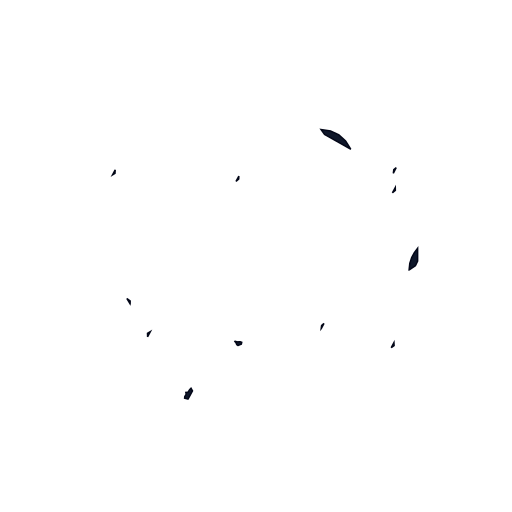 outline of Lhaviyani, rotated 308°
{"feature_id": "MDV-5229", "entity_name": "Lhaviyani", "entity_type": "Atoll", "adm_level": 1, "iso_a3": "MDV", "parent_name": "Maldives", "parent_adm1": "", "projection": "natural_earth1", "projection_center": [73.476, 5.394], "detail": "fine", "context": "isolated", "style": "filled", "palette": "ink", "viewbox_px": 512, "rotation_deg": 308, "n_neighbors": 0, "source": "natural_earth", "source_scale": "10m", "svg_char_len": 1114}
<svg xmlns="http://www.w3.org/2000/svg" viewBox="0 0 512 512"><g transform="rotate(308 256 256)"><path d="M395.7,229.4L400.4,237.7L402.5,246.6L401.8,255.8L398.5,264.9L398.5,265.1L394.0,235.2L395.7,229.4ZM361.6,378.6L351.5,386.5L346.5,387.6L339.4,385.3L339.3,385.2L344.9,381.7L350.7,379.6L356.2,378.7L361.6,378.6ZM105.3,284.7L106.8,286.3L109.7,286.0L109.8,286.0L110.0,286.0L111.8,286.2L110.6,289.0L101.6,290.5L101.4,290.5L100.0,287.3L101.4,286.4L104.1,286.1L105.3,284.7ZM175.7,291.3L175.7,291.5L176.8,294.1L178.7,296.3L179.2,297.9L177.5,298.7L174.4,296.9L174.3,295.4L175.4,293.5L175.7,291.3ZM131.4,219.3L125.8,220.3L125.5,220.4L128.3,218.1L131.4,219.3ZM143.0,180.4L143.0,180.8L143.1,184.5L141.0,186.1L140.8,186.2L143.0,180.4ZM272.7,418.0L270.4,420.0L267.0,419.0L272.7,418.0ZM237.2,92.0L234.3,94.0L231.6,93.0L237.2,92.0ZM395.7,323.6L393.5,325.4L389.8,324.6L395.7,323.6ZM412.0,312.1L411.8,312.1L405.7,313.3L408.9,311.4L412.0,312.1ZM308.4,193.3L306.0,195.0L302.5,194.3L308.4,193.3ZM244.7,351.1L239.1,352.1L238.9,352.1L241.6,350.5L243.0,350.7L244.7,351.1Z" fill="#0f172a" stroke="#020617" stroke-width="1.5"/></g></svg>